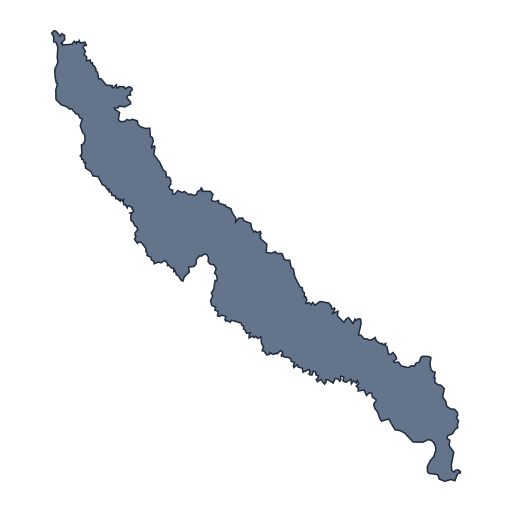 Faro, Pará, Brazil
{"feature_id": "56859067B36653463037922", "entity_name": "Faro", "entity_type": "district", "adm_level": 2, "iso_a3": "BRA", "parent_name": "Brazil", "parent_adm1": "Pará", "projection": "natural_earth1", "projection_center": [-57.817, -1.109], "detail": "fine", "context": "isolated", "style": "filled", "palette": "slate", "viewbox_px": 512, "rotation_deg": 0, "n_neighbors": 0, "source": "geoboundaries", "source_scale": "gbopen_adm2", "svg_char_len": 5991}
<svg xmlns="http://www.w3.org/2000/svg" viewBox="0 0 512 512"><path d="M123.1,201.5L124.0,204.9L125.5,205.0L127.3,207.8L127.8,206.1L129.0,205.8L132.4,207.9L132.1,209.0L133.4,210.5L133.5,211.9L130.0,213.1L131.6,213.9L130.8,215.7L130.9,220.3L132.7,221.6L134.9,225.9L136.7,226.8L137.7,229.9L135.2,232.6L135.1,235.3L136.0,236.1L134.5,239.4L137.5,243.4L138.4,242.0L141.2,242.3L145.9,248.4L145.8,251.3L147.5,253.8L146.9,255.5L151.0,257.3L151.2,259.8L153.7,261.0L154.1,263.8L158.3,262.1L161.2,262.8L164.9,260.5L167.5,263.4L167.5,265.6L168.7,265.1L171.4,268.0L174.0,268.4L173.7,271.6L175.1,270.7L176.4,274.7L178.7,276.1L181.0,280.1L182.9,281.2L184.3,276.8L189.4,271.9L188.5,267.2L193.8,266.5L195.3,265.1L196.3,263.3L196.1,259.8L199.7,255.7L201.4,256.2L204.4,253.9L207.1,254.9L208.5,257.4L208.1,261.6L210.0,264.0L214.2,265.0L216.2,268.5L214.6,273.3L216.5,275.2L217.3,279.2L216.4,280.9L215.2,280.4L214.7,282.1L213.9,288.8L211.3,293.1L212.4,295.1L212.2,297.4L210.5,300.5L211.7,305.4L215.6,307.2L214.9,310.2L218.2,311.3L217.5,315.9L219.3,316.4L222.0,315.2L225.9,316.5L224.9,319.7L226.0,321.2L227.6,320.7L230.2,322.3L231.7,320.2L241.3,323.2L241.8,325.3L243.6,326.1L243.5,329.0L245.4,330.3L246.5,333.3L250.3,332.9L249.3,334.4L249.0,337.9L252.7,336.3L254.2,337.7L255.6,336.3L257.9,338.5L260.9,336.7L261.5,343.2L263.5,347.0L262.1,350.8L263.9,351.0L266.9,355.0L269.6,354.1L270.1,352.5L272.3,354.2L274.8,354.1L275.7,353.0L277.2,353.8L280.6,350.5L282.7,352.4L281.2,355.7L281.8,356.3L283.4,355.7L284.2,357.0L288.9,357.6L290.5,358.4L291.3,361.4L294.5,362.4L293.3,366.0L293.8,367.5L297.4,364.8L298.4,367.2L302.3,368.2L303.0,372.2L309.1,369.5L310.0,371.8L308.9,374.0L309.8,374.8L312.0,375.0L313.4,371.2L315.6,371.9L316.0,375.0L318.5,376.0L317.7,378.4L316.2,379.5L317.4,381.7L320.8,379.5L324.5,384.1L326.2,381.9L326.0,379.7L328.1,379.8L333.1,383.1L335.3,378.3L338.4,379.3L339.8,381.3L340.9,379.6L340.5,377.0L341.2,376.0L343.8,377.3L343.0,380.9L345.9,382.3L350.8,379.1L351.4,383.8L353.4,380.8L356.2,383.0L357.1,380.5L358.6,383.5L356.2,386.2L358.3,387.9L358.1,391.0L364.1,390.1L366.5,395.5L368.9,393.0L371.7,393.1L372.3,397.0L375.9,399.5L376.1,400.9L374.1,403.1L373.8,404.9L374.8,408.4L377.7,412.2L379.9,418.8L381.6,421.2L388.7,418.9L395.0,429.8L400.1,430.6L404.7,433.0L413.1,442.0L423.1,442.2L427.7,439.7L431.1,440.2L433.8,442.7L435.4,445.9L435.8,450.0L433.8,456.6L430.2,460.7L427.3,466.6L427.5,471.7L428.8,473.4L436.6,474.4L438.2,475.4L439.1,479.0L444.8,481.3L450.9,479.5L454.9,480.8L457.6,473.6L460.4,472.9L460.2,471.3L458.0,469.8L455.5,470.3L453.7,472.2L451.8,470.5L451.3,464.8L453.8,452.3L449.1,445.6L449.8,440.3L446.8,438.2L447.9,435.6L452.6,433.7L455.2,429.3L457.8,427.7L457.4,424.3L458.6,420.8L456.3,417.7L457.7,415.4L457.4,412.5L454.5,409.2L450.8,409.0L446.8,406.4L445.7,401.2L442.6,397.0L444.3,388.7L440.9,385.2L438.0,384.7L434.8,382.2L435.0,377.7L434.0,377.5L435.2,372.1L433.1,371.8L431.0,369.6L429.9,363.6L431.0,357.8L428.9,356.5L422.3,356.3L420.8,357.5L419.3,362.1L416.0,363.1L414.5,366.0L411.5,365.7L408.3,367.6L401.1,365.9L398.5,362.0L394.4,362.5L393.5,361.4L396.6,358.8L396.1,356.9L393.1,352.4L390.4,354.5L388.5,354.1L387.0,346.9L385.2,345.2L385.7,343.6L382.9,344.7L382.2,343.5L379.7,343.5L376.0,340.4L375.3,337.5L371.0,340.1L369.1,339.9L366.4,338.7L364.3,339.0L360.8,335.1L358.5,335.1L361.1,323.4L360.6,319.1L358.3,318.8L356.3,320.4L355.0,319.0L353.1,323.5L348.5,317.6L345.7,319.4L344.1,322.4L337.9,316.5L337.3,315.2L338.0,311.2L332.5,313.4L334.9,309.0L334.5,308.0L331.8,308.9L331.1,305.6L328.6,303.0L320.0,301.4L315.1,305.2L312.7,302.4L311.0,304.7L308.9,302.4L306.4,303.7L305.8,302.9L306.9,299.6L305.6,296.7L304.4,297.0L304.3,292.6L302.5,290.9L302.4,287.9L299.8,286.6L294.8,276.7L293.4,269.0L291.2,267.4L289.7,260.1L286.3,260.4L284.1,259.1L282.3,253.9L281.0,253.4L277.2,253.6L275.2,251.6L271.6,253.2L266.2,252.5L266.8,244.1L260.3,238.5L260.8,237.2L259.8,235.0L261.0,233.8L260.4,231.4L257.1,232.6L255.3,231.0L253.8,232.1L251.7,228.3L250.8,223.4L244.0,220.8L242.8,218.1L238.8,218.1L235.6,222.1L235.9,218.3L232.2,212.7L231.0,208.7L225.7,206.4L225.3,205.1L219.8,203.6L218.7,202.7L218.5,200.5L215.4,201.5L212.1,200.9L211.4,199.4L213.0,194.2L210.2,191.3L202.2,191.3L202.6,189.6L201.2,187.9L200.4,190.1L197.5,191.5L196.6,194.4L194.1,195.5L190.4,194.0L188.6,194.7L184.4,191.4L182.3,192.6L177.8,190.6L174.4,194.4L172.6,193.7L172.6,190.0L170.2,189.6L168.8,186.8L170.8,184.3L170.8,180.4L169.5,177.4L166.5,177.1L165.9,172.1L163.2,169.8L159.7,162.3L153.8,154.5L154.9,146.6L154.2,145.8L151.7,147.9L151.4,147.0L153.3,141.2L152.4,137.7L150.4,136.4L149.8,128.2L145.2,128.4L139.9,126.5L138.0,124.2L137.3,120.8L132.4,119.3L129.6,120.3L126.9,119.5L124.5,121.5L121.8,121.6L120.3,121.5L118.3,119.5L119.6,112.6L114.5,109.0L114.4,107.8L118.3,107.9L118.9,106.0L124.6,106.9L130.6,103.9L130.6,102.0L126.6,97.4L128.3,95.2L130.6,95.1L130.2,92.1L132.4,89.7L131.5,87.7L129.0,86.7L125.1,88.8L124.2,86.8L118.7,86.6L117.8,88.1L116.9,87.8L116.2,84.8L113.0,88.1L111.9,87.2L112.3,85.6L106.3,85.1L100.9,78.7L98.8,79.0L97.4,72.1L96.1,71.3L95.8,68.7L94.1,65.8L92.8,65.5L92.4,62.7L90.7,62.9L90.2,60.0L86.5,60.8L86.7,57.0L84.1,54.6L85.5,51.3L83.1,47.6L83.4,46.1L86.1,45.4L86.3,44.4L84.9,43.9L85.2,42.3L80.2,42.8L79.2,40.6L78.6,42.1L76.8,41.6L76.2,43.4L74.2,41.2L71.9,44.2L62.5,45.0L62.5,43.5L61.2,43.2L64.7,39.7L64.5,35.2L61.7,33.6L60.1,36.1L56.0,31.2L54.0,30.7L51.6,33.2L53.7,36.6L53.7,41.7L56.3,42.8L57.8,47.4L57.2,57.7L57.9,62.4L54.7,69.7L55.0,76.4L56.3,82.9L57.5,83.8L55.8,90.0L56.0,99.6L61.3,104.9L66.5,106.6L69.6,109.1L71.7,108.9L76.0,113.9L78.4,114.3L79.6,117.7L82.2,119.2L80.2,125.7L82.4,131.9L84.8,135.3L85.0,140.7L82.7,144.5L81.4,144.8L81.9,153.8L80.2,155.8L81.5,157.0L81.8,159.3L83.2,159.6L83.8,161.8L85.1,162.7L84.3,162.7L85.2,163.8L85.5,168.0L91.1,171.7L92.9,175.9L98.1,176.6L102.2,184.5L105.4,186.1L107.6,189.9L109.1,189.3L109.0,191.8L111.3,192.4L111.9,195.4L115.2,195.8L115.9,198.8L118.4,198.6L118.2,199.4L120.2,201.2L120.6,199.7L122.1,200.7L123.6,199.6L123.1,201.5Z" fill="#64748b" stroke="#1e293b" stroke-width="1.5"/></svg>